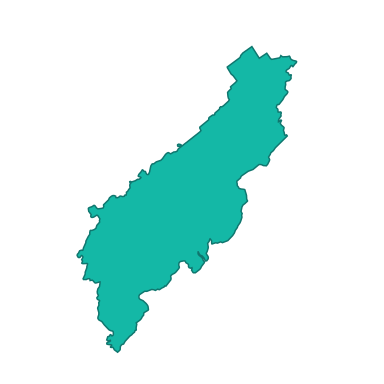 an SVG outline of Kostroma, rotated 318°
{"feature_id": "RUS-2356", "entity_name": "Kostroma", "entity_type": "Region", "adm_level": 1, "iso_a3": "RUS", "parent_name": "Russia", "parent_adm1": "", "projection": "natural_earth1", "projection_center": [43.479, 58.454], "detail": "fine", "context": "isolated", "style": "filled", "palette": "teal", "viewbox_px": 384, "rotation_deg": 318, "n_neighbors": 0, "source": "natural_earth", "source_scale": "10m", "svg_char_len": 6027}
<svg xmlns="http://www.w3.org/2000/svg" viewBox="0 0 384 384"><g transform="rotate(318 192 192)"><path d="M37.3,245.7L38.5,245.0L39.6,243.6L40.0,242.8L39.9,242.2L38.9,240.8L38.1,238.9L37.9,232.1L38.3,227.9L37.2,224.9L37.3,223.6L37.6,222.8L38.5,222.0L40.6,220.8L42.0,219.4L44.0,215.4L44.5,214.9L47.1,213.8L48.6,211.8L50.5,211.1L50.6,210.5L49.9,208.5L50.4,207.0L53.1,206.3L53.4,205.9L53.7,204.3L54.8,202.7L57.2,201.0L59.9,200.4L62.9,198.0L63.5,197.2L59.5,195.2L59.0,194.3L59.1,191.9L58.9,190.8L57.0,189.6L57.8,188.4L57.7,187.7L56.4,186.7L54.8,186.3L52.8,184.4L53.0,183.6L57.6,181.6L59.0,180.1L63.2,177.9L63.8,177.2L66.3,175.6L66.4,175.2L66.2,174.9L63.0,172.3L62.5,171.5L62.5,171.1L64.5,170.1L64.7,168.5L67.2,167.6L67.7,166.9L67.7,165.7L67.3,165.2L65.3,165.6L64.1,165.2L63.7,164.2L64.1,162.4L65.1,161.6L66.6,161.5L69.1,160.5L70.9,161.2L71.7,162.2L72.0,162.2L74.0,160.9L79.2,158.6L80.3,157.5L85.0,155.7L87.8,155.0L88.8,153.8L90.4,152.6L90.9,152.6L91.9,153.6L94.2,154.5L96.3,154.7L99.0,153.1L103.2,152.6L104.1,151.3L105.6,150.3L106.2,146.3L105.7,145.5L102.2,144.9L100.9,144.2L100.3,143.5L100.3,142.7L100.6,142.1L101.9,141.4L102.3,137.3L103.8,135.0L104.4,134.7L105.7,135.0L107.7,135.9L110.2,136.3L110.4,136.5L110.7,137.2L110.4,140.2L110.8,141.6L115.0,144.4L116.6,143.9L117.5,142.5L117.8,142.3L124.6,142.0L126.8,141.1L129.4,141.2L130.8,141.7L131.8,142.6L132.5,144.0L131.7,145.2L132.6,146.3L134.0,146.8L135.8,146.9L136.4,147.4L137.2,148.8L138.4,149.7L138.8,149.9L139.7,149.4L140.3,149.5L140.9,150.2L142.2,149.4L143.1,148.3L144.7,148.4L146.6,147.8L148.7,147.5L150.3,145.3L151.0,144.8L152.5,144.4L152.1,143.6L152.6,142.7L153.2,142.8L153.6,143.7L154.4,144.4L157.4,145.7L160.0,146.1L160.9,146.9L161.5,147.2L162.8,147.3L163.4,147.2L163.8,147.0L163.8,146.7L162.7,144.7L162.6,144.4L163.0,143.9L164.4,143.3L167.6,142.9L169.9,142.3L170.2,142.7L170.2,144.5L171.1,145.6L170.4,147.5L170.3,148.6L170.5,149.2L171.4,149.8L173.9,148.7L178.1,145.6L179.3,144.9L181.2,144.5L182.6,145.5L185.7,145.7L190.0,147.6L192.3,147.5L197.6,146.3L199.5,146.4L200.7,146.8L201.2,147.8L201.5,149.1L201.9,149.4L205.3,150.1L206.4,151.0L208.0,151.7L210.7,150.8L238.0,152.6L239.7,152.4L240.6,149.6L241.3,149.0L252.6,149.5L253.2,149.1L253.9,148.3L255.0,148.1L258.8,148.6L259.7,149.4L260.6,149.7L261.7,148.8L262.2,148.7L267.6,148.8L268.3,148.5L269.1,147.8L269.8,147.8L270.3,147.8L271.1,148.6L273.0,149.0L280.0,148.9L281.6,148.3L281.7,146.9L282.5,145.3L285.0,141.9L286.0,141.6L290.1,141.4L290.5,141.2L290.9,139.7L291.4,139.6L297.8,139.7L299.8,139.4L300.4,133.2L300.0,130.5L301.4,123.5L301.8,122.7L317.7,124.2L319.8,123.1L323.0,122.7L333.8,124.0L331.5,137.6L340.4,138.9L339.6,145.3L340.0,146.8L346.8,150.9L347.4,150.9L349.3,150.1L349.5,151.3L350.0,152.4L353.3,155.1L355.3,156.2L355.3,156.8L354.6,158.5L354.4,159.8L355.1,161.7L356.9,164.3L357.0,164.8L356.9,165.2L356.0,165.7L354.2,165.7L350.9,166.4L350.6,166.0L351.0,165.2L350.7,164.6L350.1,164.3L347.0,165.2L344.0,164.7L343.2,164.8L342.5,165.4L342.3,166.0L343.2,167.9L342.5,170.1L342.7,170.5L343.9,171.0L344.1,171.3L344.0,171.6L343.1,172.1L341.5,174.0L339.8,174.3L338.6,174.2L337.1,173.2L336.0,172.9L335.1,172.9L334.6,173.3L333.4,175.0L331.8,176.0L330.1,177.7L329.9,178.2L330.4,181.0L330.3,181.5L329.9,182.0L328.3,182.6L324.6,182.9L321.4,184.1L315.6,185.1L314.9,185.0L314.1,184.3L313.1,184.3L311.3,185.5L311.0,186.4L311.2,187.4L311.1,188.0L309.5,190.1L309.8,190.6L311.5,191.9L311.4,192.7L311.1,193.1L309.8,193.9L309.1,195.1L305.4,196.0L304.0,196.8L303.2,197.7L304.3,198.1L305.8,197.8L306.3,198.1L306.4,198.6L306.3,198.8L304.5,199.5L303.4,200.3L303.2,202.2L303.6,205.0L303.4,205.9L301.2,207.4L300.2,209.7L299.0,211.6L299.2,212.2L300.4,212.7L300.5,213.3L300.3,214.1L283.5,214.9L280.2,215.7L276.8,215.6L275.1,216.5L272.4,217.2L272.1,217.6L271.5,219.7L270.6,220.5L266.9,222.0L264.8,222.3L262.7,220.1L262.1,218.5L261.4,217.5L260.1,216.4L252.4,216.1L247.7,214.2L239.7,213.2L238.5,213.3L237.6,214.0L232.6,214.0L231.9,214.6L231.3,215.8L229.9,217.6L229.8,219.4L229.4,220.8L230.4,222.5L232.5,224.9L232.8,225.6L230.3,230.9L227.8,234.0L227.4,235.6L227.1,235.9L223.5,236.0L221.3,235.8L219.2,236.5L215.5,239.2L214.8,241.7L213.5,242.3L212.2,244.2L209.0,246.1L207.1,247.0L203.3,247.9L201.8,248.8L198.6,249.5L196.1,250.8L193.0,251.6L186.1,252.1L180.7,250.0L180.2,248.8L179.7,248.1L176.8,247.1L175.5,245.5L172.2,244.1L172.0,243.7L173.9,241.3L174.1,239.6L174.1,238.9L173.7,238.9L172.0,240.0L169.2,240.7L167.3,243.7L166.5,244.5L163.4,246.4L161.6,247.0L161.2,248.0L160.8,250.6L160.2,251.7L159.3,252.5L157.0,253.0L156.1,252.5L156.1,251.3L156.8,249.0L156.8,246.4L156.6,245.7L155.8,244.7L156.1,242.4L156.8,240.1L155.3,241.8L154.9,242.8L154.9,244.1L155.5,247.0L155.3,248.8L154.5,250.5L154.5,252.3L153.8,252.8L149.2,253.7L147.3,254.5L146.0,254.7L140.5,254.3L139.0,253.0L138.9,252.4L139.4,249.7L140.8,249.0L141.3,248.2L140.0,247.7L139.2,246.3L139.4,245.2L140.8,243.6L140.8,242.6L140.2,240.6L140.6,238.6L140.0,237.8L137.0,236.0L136.2,235.8L134.7,236.1L133.2,237.5L132.3,239.4L131.2,240.0L126.7,240.7L124.8,240.7L122.1,240.0L120.4,240.0L119.9,240.2L118.6,242.2L117.5,243.1L109.6,244.5L109.0,243.6L107.6,243.9L105.4,243.2L102.5,242.8L102.2,242.6L101.6,241.3L98.9,240.6L98.3,239.2L96.9,237.5L92.0,235.6L90.4,234.1L84.4,233.2L83.1,233.7L82.2,234.6L81.5,235.9L81.7,237.3L82.9,240.0L83.3,244.2L83.1,246.6L82.7,247.7L81.0,250.2L80.3,250.5L75.7,249.6L74.8,250.0L73.6,251.2L71.7,251.4L69.6,252.2L67.6,252.4L63.0,251.9L62.5,253.3L59.5,255.6L58.5,257.0L58.0,257.3L57.1,256.8L55.5,257.7L53.2,257.6L51.7,257.8L49.3,257.5L42.4,258.2L39.4,259.2L38.0,258.5L36.8,258.5L35.4,258.9L33.2,261.0L32.4,261.3L29.5,261.3L28.7,257.3L29.3,254.8L29.2,254.3L28.1,253.6L27.6,252.9L27.7,252.6L29.7,252.2L29.9,251.8L27.5,249.0L27.0,248.2L27.1,247.8L27.6,247.3L28.3,247.1L31.1,248.1L31.8,248.1L32.1,247.6L30.1,246.5L29.6,244.9L32.5,243.2L34.4,243.9L35.2,243.4L35.9,243.4L36.2,244.0L36.2,245.4L37.3,245.7ZM213.0,147.2L214.1,147.5L214.9,148.5L215.4,149.4L215.4,150.2L214.8,150.5L212.2,148.9L212.1,148.3L212.3,147.9L213.0,147.2Z" fill="#14b8a6" stroke="#0f766e" stroke-width="1.5"/></g></svg>